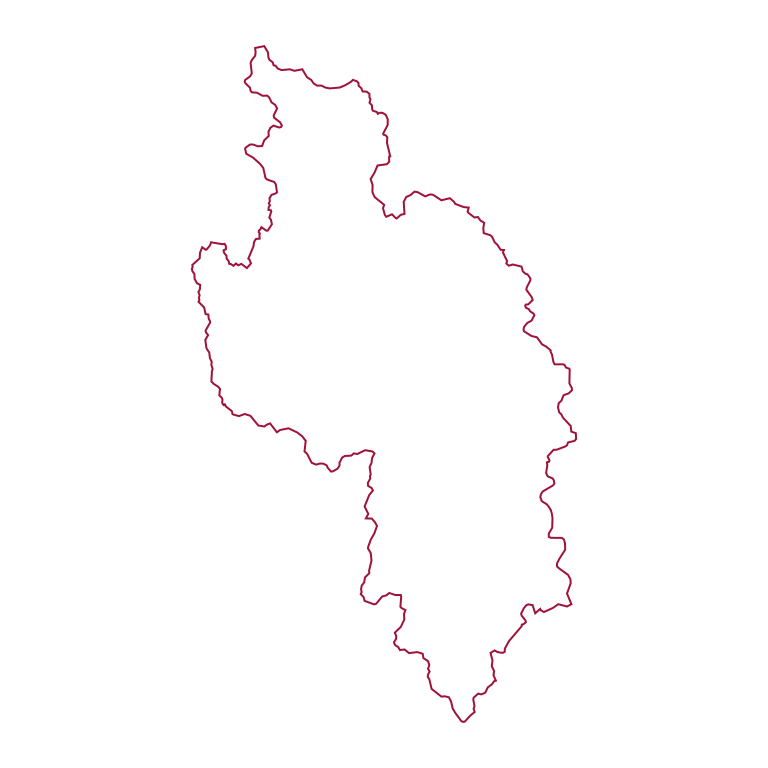 Ham Yen, Tuyên Quang, Vietnam (Albers equal-area conic projection)
{"feature_id": "81297802B77229581138550", "entity_name": "Ham Yen", "entity_type": "district", "adm_level": 2, "iso_a3": "VNM", "parent_name": "Vietnam", "parent_adm1": "Tuyên Quang", "projection": "albers", "projection_center": [105.011, 22.095], "detail": "fine", "context": "isolated", "style": "outline", "palette": "rose", "viewbox_px": 768, "rotation_deg": 0, "n_neighbors": 0, "source": "geoboundaries", "source_scale": "gbopen_adm2", "svg_char_len": 6078}
<svg xmlns="http://www.w3.org/2000/svg" viewBox="0 0 768 768"><path d="M192.3,265.0L192.7,266.9L191.9,268.9L192.4,271.2L194.4,274.0L194.6,278.9L197.0,283.3L200.2,284.8L199.8,289.6L198.4,292.1L199.6,295.0L198.9,298.0L199.4,299.9L198.5,301.8L204.1,307.4L205.6,314.1L208.4,314.6L208.6,318.3L210.1,321.5L210.0,322.8L205.6,330.5L205.8,332.1L208.1,335.1L205.3,339.9L206.5,348.4L209.3,352.6L209.9,358.1L211.8,361.9L211.3,364.6L212.6,369.0L211.9,371.4L211.4,381.5L213.9,384.0L218.3,386.8L220.0,389.0L219.3,395.4L222.0,398.0L222.5,400.0L222.1,402.4L222.9,404.4L223.8,405.1L224.4,404.3L225.1,404.5L225.8,406.4L231.8,411.1L232.6,414.2L233.9,414.7L238.9,416.1L244.8,414.0L250.4,415.8L258.3,425.5L264.4,426.5L266.7,424.7L270.1,423.4L276.9,432.3L280.1,430.0L288.5,428.3L297.3,432.5L302.3,436.4L305.7,440.8L304.5,451.5L306.9,453.5L311.7,462.8L316.1,464.6L320.2,463.5L323.4,463.7L326.7,465.4L327.8,467.9L331.1,471.6L333.0,471.3L337.6,468.6L339.5,465.6L339.5,462.7L342.2,457.5L344.8,456.0L351.3,455.6L353.8,453.4L357.3,454.0L365.1,450.2L372.5,451.5L374.5,453.4L372.1,457.9L371.5,463.0L369.6,467.0L370.7,474.4L370.0,476.1L370.2,478.5L367.8,483.1L368.1,485.9L371.7,488.1L372.9,490.4L369.2,495.1L364.6,506.5L368.3,513.9L365.9,518.4L371.8,518.6L375.1,522.4L377.0,525.9L374.4,533.3L370.9,539.4L368.1,547.0L368.0,548.4L370.7,553.0L371.5,560.5L369.1,570.6L369.3,573.2L365.0,577.4L364.2,582.3L361.7,585.6L361.1,589.1L361.6,592.3L360.7,594.1L363.6,597.1L364.6,600.9L374.2,604.4L376.2,603.8L382.1,596.6L386.4,595.3L389.2,593.0L395.3,595.0L400.8,595.0L401.2,596.8L400.4,606.7L401.5,608.0L405.4,610.1L404.0,614.0L404.3,619.5L400.8,626.9L394.8,632.7L396.2,635.9L396.1,638.9L394.0,642.2L394.4,643.7L395.5,645.4L398.2,647.0L399.9,650.0L404.6,649.5L409.0,653.1L417.4,652.1L422.7,653.8L423.4,658.1L428.0,661.1L429.3,665.0L428.1,668.9L429.6,671.6L427.9,674.7L427.8,677.0L429.3,679.1L431.6,688.9L441.4,696.6L444.8,696.3L448.9,697.3L451.1,701.6L452.7,708.5L455.2,712.8L461.2,721.0L463.0,721.9L464.7,721.7L470.4,715.5L474.7,712.0L473.6,708.9L474.5,706.3L473.3,699.6L473.6,697.7L478.2,693.6L481.4,694.4L485.2,692.7L487.8,687.4L492.0,684.2L494.1,681.2L495.9,680.7L493.5,675.3L494.1,671.0L491.8,666.3L492.5,660.4L490.5,653.0L494.6,650.4L497.1,651.9L500.3,652.6L503.0,652.8L504.7,651.8L504.9,648.5L509.2,640.8L521.7,626.2L521.8,624.6L523.5,624.2L525.9,622.1L525.4,620.3L521.7,615.7L521.1,613.7L523.8,608.3L526.2,605.3L528.2,604.4L532.6,605.1L535.2,613.3L540.2,608.9L540.8,610.3L544.0,612.0L553.0,607.9L558.2,604.2L567.0,606.5L571.4,604.2L567.0,593.5L570.7,583.3L570.4,579.2L568.0,574.8L559.4,568.6L557.3,566.8L556.9,565.6L557.2,563.1L559.3,558.9L565.2,549.6L565.0,543.1L563.8,539.3L561.9,537.9L551.0,537.8L548.8,536.9L548.8,533.5L552.2,527.8L552.5,518.0L551.8,513.5L550.8,510.0L548.5,506.4L546.8,504.3L541.7,501.1L540.3,497.0L540.9,494.4L542.7,491.5L553.0,485.4L554.4,483.7L553.8,480.3L552.7,478.5L547.7,476.3L546.1,473.0L547.3,465.4L546.9,462.3L549.0,461.7L549.5,460.4L547.7,456.7L547.9,456.0L553.6,449.8L556.7,449.7L565.7,446.3L567.0,445.2L568.1,442.4L574.5,440.9L576.1,439.1L575.8,433.2L571.3,431.6L570.7,426.0L562.9,417.6L561.3,414.3L559.2,412.4L558.0,407.4L558.7,403.2L561.4,400.7L563.6,395.2L568.6,393.4L571.9,390.3L571.9,388.2L569.4,383.4L569.7,369.4L569.3,368.7L566.1,367.6L564.4,364.8L563.4,364.3L554.5,364.3L553.4,361.8L552.0,354.6L550.5,351.5L550.7,350.4L546.3,346.7L542.0,344.3L537.0,337.3L531.5,336.0L524.0,331.3L523.5,329.6L524.1,326.9L527.3,322.9L531.5,320.7L534.4,315.2L533.6,313.7L530.0,311.2L528.9,309.2L525.9,307.7L525.2,305.8L525.8,304.6L528.2,304.4L532.7,300.0L531.6,297.0L526.3,289.7L526.9,287.1L530.1,280.8L530.5,278.8L529.9,277.6L527.5,274.4L525.4,273.7L522.8,271.3L521.5,266.6L512.9,264.5L508.8,265.7L506.3,263.5L507.1,261.1L503.0,252.6L503.9,250.0L500.6,249.8L497.5,244.9L494.7,242.3L491.9,236.5L490.2,235.2L483.7,233.1L483.3,228.2L484.2,222.8L480.4,220.5L477.9,217.0L474.4,217.5L468.5,212.9L467.6,211.8L468.7,207.6L463.7,207.1L455.3,203.9L453.8,201.6L449.8,198.2L441.4,200.3L433.1,194.8L430.0,194.4L425.3,196.4L417.5,192.1L414.4,191.7L410.5,195.1L406.3,196.9L403.7,201.9L404.5,213.9L400.8,214.8L396.8,218.4L395.7,218.1L392.0,214.3L386.2,216.8L384.8,214.8L383.0,208.1L384.2,204.9L374.7,197.1L373.1,193.8L372.4,192.0L372.6,185.0L370.6,179.0L374.5,172.7L377.5,165.5L386.9,164.2L389.2,161.7L389.1,157.3L389.3,156.4L390.2,156.3L387.0,142.9L387.3,137.2L385.6,135.3L383.5,134.7L383.2,133.5L387.7,124.9L387.7,119.1L385.7,114.8L382.5,112.8L379.3,112.8L377.9,113.9L376.8,112.0L372.7,110.6L372.1,109.0L372.0,105.5L369.5,102.7L370.5,99.3L369.5,97.6L369.4,93.8L366.6,91.6L362.7,91.5L361.2,88.0L358.6,85.8L358.5,83.0L356.9,81.3L352.9,79.9L351.0,81.8L345.3,85.2L339.9,87.5L330.0,88.4L325.4,87.6L321.6,85.6L317.0,85.6L313.6,83.4L311.2,79.9L307.1,77.3L302.3,69.3L294.3,70.8L289.8,69.3L281.5,70.1L277.7,68.5L275.6,65.7L273.6,65.3L272.7,62.3L269.3,59.7L268.4,57.3L268.0,52.4L264.2,46.1L255.1,48.0L255.6,52.3L255.2,55.7L251.6,60.4L250.6,62.9L251.8,73.3L250.2,76.3L245.2,79.9L244.7,81.6L245.4,83.2L250.0,87.7L250.5,90.6L251.8,92.3L257.0,92.7L262.6,95.8L267.2,95.6L269.2,97.5L271.6,102.4L275.1,104.8L277.1,108.4L273.7,115.4L274.1,117.7L280.2,122.4L281.8,125.4L281.2,127.0L279.1,127.5L273.4,125.6L270.3,127.9L268.5,131.7L268.7,136.0L264.2,140.3L262.1,146.0L257.9,146.3L253.0,144.5L250.1,144.5L245.6,147.7L245.1,148.9L246.3,153.8L252.9,157.5L260.0,163.8L263.3,168.0L265.4,177.7L267.0,179.5L274.3,182.0L275.8,184.4L277.0,192.3L275.6,193.5L271.6,194.8L269.5,198.1L269.8,201.4L268.8,203.3L270.0,205.3L268.7,207.2L268.5,209.9L270.9,210.3L271.3,211.5L269.3,217.6L270.9,219.6L271.9,224.2L267.9,230.5L266.4,230.7L261.4,227.2L260.5,229.2L258.8,230.7L258.7,232.1L259.9,233.6L259.4,234.6L259.7,238.6L255.9,239.0L254.0,242.1L253.5,246.2L248.3,258.7L249.3,259.4L251.0,263.4L246.9,268.1L241.4,263.9L238.2,265.3L235.9,263.5L233.5,265.9L230.9,264.0L229.3,263.9L228.6,261.0L226.7,258.8L226.4,255.6L224.4,253.4L223.6,251.0L223.6,250.2L225.9,249.3L225.9,246.0L224.6,243.9L222.4,244.2L211.1,242.3L210.0,245.4L206.6,249.5L205.9,249.8L202.2,247.3L200.0,252.7L199.7,258.3L192.3,265.0Z" fill="none" stroke="#9f1239" stroke-width="2"/></svg>